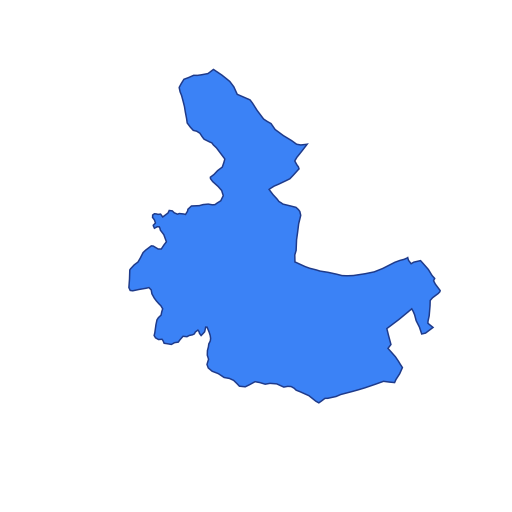 the district of Halabcha, As-Sulaymaniyah, Iraq, rotated 143°
{"feature_id": "34846034B67264073740881", "entity_name": "Halabcha", "entity_type": "district", "adm_level": 2, "iso_a3": "IRQ", "parent_name": "Iraq", "parent_adm1": "As-Sulaymaniyah", "projection": "natural_earth1", "projection_center": [45.937, 35.187], "detail": "fine", "context": "isolated", "style": "filled", "palette": "blue", "viewbox_px": 512, "rotation_deg": 143, "n_neighbors": 0, "source": "geoboundaries", "source_scale": "gbopen_adm2", "svg_char_len": 4241}
<svg xmlns="http://www.w3.org/2000/svg" viewBox="0 0 512 512"><g transform="rotate(143 256 256)"><path d="M135.8,163.4L136.3,163.4L139.7,164.2L143.6,165.8L148.8,167.4L162.4,169.8L171.2,172.2L179.6,176.2L190.0,181.8L195.2,185.4L199.1,188.6L202.6,193.0L208.2,199.5L214.0,205.5L216.3,208.7L220.5,213.9L223.1,217.9L228.5,227.9L228.2,228.2L224.6,233.2L224.4,233.5L220.5,236.4L220.2,236.8L214.3,244.0L214.0,244.4L208.8,249.6L202.6,256.0L196.0,261.4L195.8,261.6L195.7,261.8L194.2,265.2L194.2,267.6L194.8,270.8L198.4,275.3L200.7,278.1L203.3,281.3L203.9,283.3L204.9,285.7L204.9,288.9L205.5,294.9L205.5,298.1L205.5,300.9L205.5,301.3L205.2,301.3L203.9,301.3L199.4,300.9L194.5,299.7L186.7,298.1L182.5,297.3L177.6,298.1L173.4,298.9L169.4,299.7L169.2,299.7L169.1,300.1L168.5,301.7L168.5,304.1L167.9,308.3L167.9,308.5L167.6,308.7L164.0,310.2L156.2,312.2L148.6,314.3L147.9,314.5L148.3,314.7L153.4,317.7L156.3,320.8L158.1,326.7L161.7,335.7L164.6,345.5L164.3,352.7L166.1,356.8L167.5,360.8L167.5,364.4L167.5,371.6L166.8,380.2L166.8,384.2L170.1,390.1L173.7,396.4L171.9,404.5L171.9,411.2L173.0,415.7L174.4,421.1L177.7,430.6L177.8,430.6L184.6,430.6L190.8,433.7L194.1,435.5L197.0,437.8L202.5,439.1L207.2,440.5L211.9,438.7L215.8,436.9L216.1,436.5L217.8,432.8L218.9,428.8L221.1,423.4L223.2,418.4L225.8,413.5L228.7,407.6L230.9,403.6L230.9,398.2L230.5,394.1L228.3,391.4L226.9,387.8L227.2,383.8L227.2,380.6L224.3,374.8L223.2,373.0L223.2,370.3L222.5,366.2L222.5,359.0L222.5,352.4L222.8,352.0L225.4,350.0L229.4,347.3L235.3,347.3L240.4,346.4L245.0,346.4L245.3,346.0L245.8,345.1L245.8,343.3L245.8,341.5L244.4,334.3L244.0,328.9L244.7,327.1L245.7,324.2L245.8,324.0L246.0,323.8L250.9,321.3L255.6,321.7L257.8,321.7L260.0,323.1L262.9,326.2L267.3,328.9L270.9,330.3L277.5,334.8L282.2,334.3L283.7,333.0L287.3,331.6L288.4,333.0L291.7,336.1L293.5,336.6L295.3,339.7L295.7,342.4L297.9,344.6L300.4,343.3L304.8,343.3L307.0,343.3L307.0,346.9L309.2,348.2L310.3,349.6L311.7,350.9L313.9,350.9L314.2,350.5L315.0,349.5L315.4,349.1L315.4,346.0L316.3,343.2L316.4,342.9L316.6,342.8L319.5,342.4L319.8,342.0L320.4,339.3L317.2,338.8L315.7,337.5L316.1,335.7L316.8,334.3L316.8,328.5L318.9,321.6L319.0,321.3L319.2,321.2L322.3,320.4L327.4,318.6L329.9,320.4L331.0,323.1L332.1,325.8L333.5,327.1L337.2,327.1L340.5,327.1L344.1,326.7L349.6,324.0L353.9,322.2L358.7,322.2L362.5,321.5L363.1,321.4L363.8,321.3L365.2,320.8L371.0,313.6L376.5,307.3L377.2,304.2L375.4,302.4L369.6,299.7L363.4,296.5L360.5,295.2L360.1,292.0L361.9,288.4L362.6,283.5L362.6,279.9L362.3,276.3L361.9,273.6L362.3,270.0L364.8,268.2L367.4,265.9L371.0,265.5L373.5,264.6L377.2,261.4L383.0,255.6L385.2,253.8L385.5,251.1L384.1,247.9L381.2,246.1L381.2,244.3L381.9,241.6L379.7,239.4L376.8,236.3L373.2,235.8L369.9,234.0L367.0,234.9L362.6,235.8L359.7,233.1L357.1,232.7L354.2,231.3L352.1,230.9L350.2,231.8L347.0,231.8L347.0,230.0L347.7,228.2L347.7,225.5L345.1,225.9L342.6,226.4L340.0,228.6L339.0,229.5L337.9,228.6L338.6,225.9L339.3,223.2L340.4,220.1L341.9,217.4L343.7,215.6L346.6,214.2L348.8,212.0L351.7,209.7L354.6,206.1L356.0,202.1L360.4,198.9L361.5,195.3L360.4,190.4L357.3,185.4L356.8,184.5L354.6,178.2L350.9,174.2L348.7,170.1L348.0,165.6L347.6,162.0L343.3,158.0L338.6,157.1L332.4,156.2L329.1,152.6L325.8,148.1L321.5,145.9L316.4,141.4L312.7,134.6L309.1,132.8L306.5,130.6L305.1,127.4L304.7,124.7L302.5,121.1L297.8,112.6L295.6,104.0L294.2,100.9L291.2,100.8L286.6,100.8L284.4,99.2L276.6,95.6L271.7,94.4L263.9,91.2L260.5,89.8L254.9,87.6L248.4,85.2L237.4,81.6L229.6,79.2L225.4,75.1L221.5,71.5L218.6,73.1L212.1,75.5L206.2,78.8L205.9,83.2L205.6,86.0L205.3,91.6L206.2,102.8L201.5,104.1L197.8,113.2L195.2,119.3L189.0,119.3L180.3,119.3L171.2,119.7L163.4,120.1L163.8,117.2L164.7,113.6L167.0,108.0L168.3,100.8L170.6,94.0L167.0,92.4L163.8,92.4L157.6,92.4L159.2,98.8L157.9,100.4L153.7,104.0L146.9,111.6L143.7,115.6L143.1,115.8L140.1,116.4L137.2,116.4L133.0,116.4L130.7,116.8L129.7,117.6L129.7,118.9L129.7,120.0L129.7,121.3L129.7,122.5L129.7,124.4L129.7,125.7L129.1,129.3L127.8,130.1L126.9,130.4L126.8,130.5L126.9,131.7L127.1,133.8L127.1,134.5L127.1,135.1L126.5,141.1L126.5,141.7L126.5,142.4L127.1,150.1L127.4,153.3L133.6,156.1L136.8,156.5L136.8,157.8L136.8,159.3L136.8,160.6L136.3,162.2L135.8,163.4Z" fill="#3b82f6" stroke="#1e3a8a" stroke-width="1.5"/></g></svg>